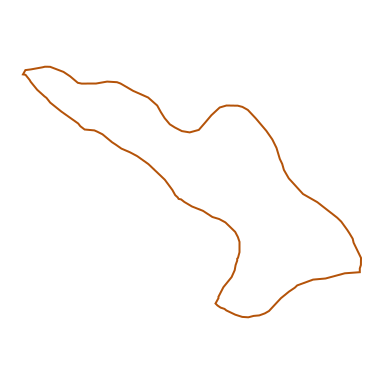 outline of Jacaltenango, Huehuetenango, Guatemala
{"feature_id": "79465075B56243891035553", "entity_name": "Jacaltenango", "entity_type": "district", "adm_level": 2, "iso_a3": "GTM", "parent_name": "Guatemala", "parent_adm1": "Huehuetenango", "projection": "albers", "projection_center": [-91.75, 15.749], "detail": "fine", "context": "isolated", "style": "outline", "palette": "amber", "viewbox_px": 384, "rotation_deg": 0, "n_neighbors": 0, "source": "geoboundaries", "source_scale": "gbopen_adm2", "svg_char_len": 1473}
<svg xmlns="http://www.w3.org/2000/svg" viewBox="0 0 384 384"><path d="M359.8,272.2L359.8,268.4L360.9,265.0L361.0,257.9L353.6,242.7L352.7,238.7L349.5,233.4L347.3,230.0L341.3,221.7L337.2,217.7L317.2,202.1L303.0,194.0L288.8,178.4L283.9,169.9L282.2,163.9L279.8,158.9L276.5,147.9L272.3,139.4L266.3,130.8L255.7,118.3L247.8,109.9L242.4,106.9L237.8,105.7L226.5,105.5L219.7,107.5L211.4,115.2L204.9,122.9L198.8,129.9L189.7,132.4L181.9,131.1L174.9,127.5L169.8,124.3L164.7,118.2L160.9,112.2L157.2,105.5L148.1,97.5L133.2,90.9L120.5,83.5L117.0,82.2L107.1,81.6L96.2,83.5L81.7,83.6L77.8,82.8L70.1,76.3L63.5,71.9L50.1,66.8L45.0,66.7L42.5,67.3L30.9,69.4L25.4,70.1L23.0,74.4L25.5,74.8L29.6,79.9L30.7,81.8L37.2,89.8L44.4,96.3L46.5,97.9L50.2,102.6L61.4,111.6L78.2,123.5L80.3,126.2L84.6,129.5L94.4,130.4L97.3,131.7L102.5,134.3L112.0,142.2L115.7,144.6L121.4,148.6L130.0,152.3L137.3,156.2L148.4,164.1L164.8,179.7L172.4,190.0L175.2,195.1L177.8,197.5L178.6,198.9L181.1,199.4L184.4,202.0L192.0,206.5L202.9,210.8L212.4,217.0L219.1,219.0L225.4,222.4L235.2,231.9L237.9,237.1L239.5,241.9L239.5,252.2L238.0,257.8L237.2,258.7L237.2,260.6L235.6,265.1L234.7,270.2L231.6,277.1L223.4,287.2L218.4,296.9L218.5,298.1L215.5,303.5L217.5,305.5L220.6,307.6L224.5,308.9L226.3,310.4L235.3,314.7L242.2,316.9L248.3,317.3L253.7,315.9L259.3,315.4L264.8,313.4L269.0,311.0L280.9,298.2L289.0,291.6L294.8,287.7L297.2,285.4L313.1,279.6L325.5,278.5L344.8,273.3L359.8,272.2Z" fill="none" stroke="#b45309" stroke-width="2"/></svg>